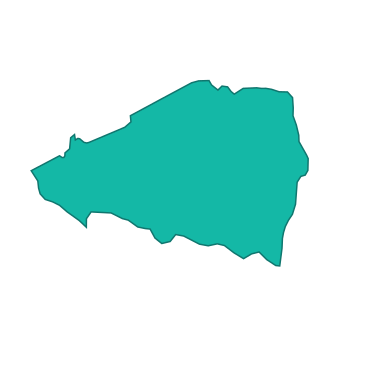 the Province of Nahouri, rotated 151°
{"feature_id": "BFA-2830", "entity_name": "Nahouri", "entity_type": "Province", "adm_level": 1, "iso_a3": "BFA", "parent_name": "Burkina Faso", "parent_adm1": "", "projection": "equal_earth", "projection_center": [-1.167, 11.251], "detail": "fine", "context": "isolated", "style": "filled", "palette": "teal", "viewbox_px": 384, "rotation_deg": 151, "n_neighbors": 0, "source": "natural_earth", "source_scale": "10m", "svg_char_len": 1204}
<svg xmlns="http://www.w3.org/2000/svg" viewBox="0 0 384 384"><g transform="rotate(151 192 192)"><path d="M208.9,288.6L175.1,288.2L139.4,287.7L132.4,286.0L123.1,281.2L123.0,276.1L119.9,268.6L114.4,270.1L109.9,266.7L109.1,260.9L107.6,257.1L97.0,257.8L85.0,251.8L81.0,248.9L77.1,246.8L72.6,243.2L67.2,237.4L60.0,233.2L58.3,225.8L62.7,216.5L66.7,209.7L68.3,200.0L71.1,189.9L74.0,184.2L73.9,168.7L74.2,164.9L80.2,154.7L84.8,151.9L89.2,152.9L95.3,149.6L107.4,131.1L115.0,123.8L121.4,120.5L127.2,116.5L131.6,112.2L135.4,107.6L140.6,99.1L151.1,84.8L154.4,87.1L159.4,96.6L162.4,107.0L169.9,109.0L179.2,108.7L184.8,118.5L189.6,129.5L195.0,134.4L203.9,137.1L210.8,142.8L220.6,157.5L226.9,162.7L235.1,159.3L243.4,161.6L246.7,169.6L246.6,179.9L250.6,182.7L256.4,187.7L261.4,198.3L265.8,202.5L272.9,212.9L289.9,223.5L297.3,219.8L301.5,212.4L304.5,221.8L310.9,235.3L314.3,244.6L318.8,251.1L324.0,256.7L325.7,264.0L324.3,269.8L321.5,276.4L322.3,288.6L290.3,287.9L288.9,285.1L287.3,284.3L285.7,285.2L284.1,287.8L278.1,289.1L271.8,298.3L266.9,299.2L268.8,294.1L265.8,294.2L264.4,293.0L262.5,287.9L260.3,285.9L258.0,285.3L219.3,281.2L211.4,282.9L208.9,288.6Z" fill="#14b8a6" stroke="#0f766e" stroke-width="1.5"/></g></svg>